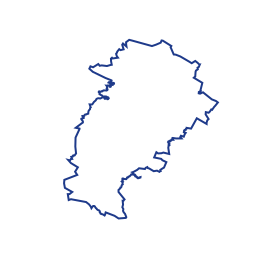 the district of Yécora, Sonora, Mexico, rotated 122°
{"feature_id": "50627088B85218670408267", "entity_name": "Yécora", "entity_type": "district", "adm_level": 2, "iso_a3": "MEX", "parent_name": "Mexico", "parent_adm1": "Sonora", "projection": "equal_earth", "projection_center": [-108.893, 28.413], "detail": "fine", "context": "isolated", "style": "outline", "palette": "blue", "viewbox_px": 256, "rotation_deg": 122, "n_neighbors": 0, "source": "geoboundaries", "source_scale": "gbopen_adm2", "svg_char_len": 5648}
<svg xmlns="http://www.w3.org/2000/svg" viewBox="0 0 256 256"><g transform="rotate(122 128 128)"><path d="M205.4,82.2L204.5,82.2L202.4,85.0L201.7,87.1L200.9,88.3L199.2,89.0L198.2,90.8L195.6,91.6L192.5,94.0L192.1,93.3L191.4,93.3L190.4,93.1L187.3,102.1L185.6,103.2L183.2,102.6L182.6,102.9L182.2,102.5L181.9,102.4L181.3,102.4L180.0,103.0L179.4,102.9L178.5,102.6L177.5,103.7L176.9,103.8L176.6,103.7L176.4,103.7L176.4,104.2L176.5,104.6L176.6,104.8L176.6,105.0L175.6,104.8L175.4,104.8L175.2,104.8L174.7,105.3L174.3,105.8L173.8,105.9L173.6,105.7L173.4,105.4L173.5,104.4L173.2,104.2L173.0,103.9L172.8,103.2L172.6,103.0L172.3,102.4L171.5,102.3L170.9,102.5L170.3,102.5L170.2,102.4L170.0,101.8L169.8,101.7L169.5,101.9L168.9,101.8L168.7,101.6L168.5,101.3L168.1,101.0L167.6,101.0L167.3,100.8L166.5,100.7L166.0,100.7L165.7,100.7L165.4,100.0L165.1,99.7L164.4,97.7L164.4,97.4L165.2,96.2L165.0,95.5L165.4,93.1L165.0,92.5L163.4,91.2L163.0,91.4L163.9,92.2L164.8,92.6L165.1,93.1L164.8,94.1L164.6,95.5L164.8,96.0L164.7,96.2L164.4,96.4L164.2,96.6L164.0,97.0L163.9,97.4L163.9,97.9L164.0,98.0L164.1,98.5L164.6,99.0L164.7,99.3L164.7,99.5L164.2,99.7L164.1,99.9L163.6,99.8L163.4,100.0L163.2,100.3L163.2,100.8L162.2,100.0L158.6,98.0L156.3,97.3L153.8,91.9L152.4,91.9L150.9,90.9L151.5,90.1L151.1,88.6L151.0,83.3L148.8,80.8L148.5,78.1L147.6,77.9L147.2,77.5L146.4,78.4L144.0,77.3L142.5,76.5L136.6,77.4L137.1,81.7L136.6,83.5L139.1,90.2L133.5,91.1L133.6,89.0L131.7,86.3L130.1,85.0L128.2,79.3L123.4,83.4L122.1,83.9L121.7,84.2L121.3,84.2L121.0,83.9L120.7,83.8L120.6,84.1L120.3,84.7L120.0,84.4L119.9,84.4L119.9,84.6L119.4,84.6L119.0,85.5L118.7,86.6L118.0,86.6L117.8,86.0L116.8,86.0L116.7,85.9L116.6,85.7L116.5,85.3L116.6,85.1L116.1,85.0L115.9,84.8L115.7,84.7L115.1,85.0L114.1,83.5L113.6,84.7L113.3,84.7L113.0,85.0L112.8,84.9L112.2,83.6L112.0,82.9L111.8,82.7L111.5,81.8L108.5,77.1L107.9,78.9L106.5,79.0L105.8,76.1L103.3,76.6L101.6,76.5L102.0,78.4L101.8,78.5L101.5,78.4L101.0,78.5L100.7,78.7L100.6,79.0L100.3,79.1L99.6,78.9L99.4,78.8L99.0,78.1L98.7,78.2L98.1,78.4L97.6,78.0L97.2,78.2L96.9,77.9L96.7,78.1L95.1,74.2L83.3,74.8L82.9,63.5L81.8,64.2L79.5,64.8L77.7,64.4L75.3,69.4L73.3,70.4L72.3,67.7L70.8,67.3L68.1,67.2L68.0,66.3L64.3,66.1L62.9,65.8L58.7,65.3L58.5,67.7L59.3,72.1L58.0,83.3L60.7,85.1L61.1,86.4L59.9,87.0L58.3,85.9L57.9,85.9L57.7,86.5L50.3,88.9L50.5,98.8L48.6,98.3L44.5,100.5L43.3,100.8L41.2,99.9L40.0,101.0L38.7,100.3L36.3,100.7L36.4,100.8L35.8,103.8L35.5,106.5L39.3,108.3L39.3,111.4L39.5,118.0L39.6,121.5L40.5,126.4L41.4,128.2L36.9,134.7L35.5,134.7L35.5,144.8L36.0,145.9L38.3,145.5L42.5,148.4L45.8,151.1L51.7,170.9L52.6,173.7L56.3,175.1L58.7,173.4L59.7,172.5L59.0,177.0L60.5,177.0L63.6,173.4L65.9,175.6L65.8,177.2L68.9,177.6L70.0,177.3L71.4,177.4L73.0,175.6L73.7,173.8L77.2,177.9L76.9,178.8L78.2,179.2L80.3,177.8L83.0,175.3L83.9,176.3L86.6,178.7L88.8,183.4L90.2,185.0L89.5,187.1L95.0,189.8L95.6,192.5L98.2,192.2L99.0,187.6L97.5,173.5L96.4,167.5L96.4,167.1L96.6,167.0L97.3,166.7L97.6,166.8L98.9,167.9L99.3,168.5L99.6,168.6L99.8,168.6L99.5,167.2L99.1,166.5L99.0,165.8L98.8,165.3L98.8,165.1L98.7,164.9L98.4,165.0L98.0,164.8L97.8,164.4L97.5,164.3L97.4,163.9L97.4,163.6L97.7,163.4L97.9,163.3L98.0,163.4L98.7,164.1L99.6,163.8L100.2,165.3L100.7,165.6L100.9,165.9L101.2,166.1L101.3,165.7L101.4,165.1L101.5,164.8L101.6,164.7L102.0,164.9L102.4,164.7L102.7,165.1L102.7,165.5L102.6,165.9L102.3,166.2L102.3,167.0L102.6,167.7L102.9,168.0L103.3,168.3L103.5,168.7L103.7,168.2L103.9,167.9L104.2,167.7L104.8,167.0L105.1,167.0L105.4,167.1L105.5,167.1L105.5,166.8L105.9,166.6L105.8,166.4L106.1,165.8L106.6,165.6L107.2,165.8L107.7,166.2L107.8,166.7L108.3,167.3L108.5,167.8L109.1,168.7L109.4,168.9L110.3,169.1L110.3,169.4L110.4,169.6L110.6,169.7L111.3,170.0L111.6,170.3L111.9,170.9L112.1,171.6L112.2,171.9L112.5,172.0L112.8,172.0L113.0,171.9L113.2,171.7L113.4,170.5L113.7,170.3L113.9,170.3L114.4,170.1L114.4,169.9L114.4,168.7L114.2,167.6L114.2,167.0L114.5,166.5L114.7,165.7L114.2,165.3L113.7,164.7L113.5,164.1L113.3,164.0L113.1,163.5L112.9,163.3L112.8,162.5L112.9,161.8L112.7,161.6L112.6,161.3L112.7,161.2L112.6,160.8L113.0,160.1L114.0,160.2L114.3,160.4L114.5,160.8L114.2,161.4L114.3,161.9L115.5,163.0L115.5,163.3L114.9,163.8L114.9,164.0L115.4,165.9L115.6,166.1L115.9,166.1L117.5,167.0L117.8,167.4L118.1,168.2L118.5,168.9L118.8,169.3L120.0,170.1L121.7,170.0L124.0,170.7L126.8,170.8L127.1,171.0L127.8,172.1L128.3,173.0L130.0,171.0L130.2,170.6L130.5,170.7L131.3,170.7L132.1,170.2L133.4,170.4L133.7,170.5L134.7,170.4L136.3,169.7L136.9,169.3L137.1,169.4L138.0,170.3L138.5,170.5L138.8,170.8L138.9,171.1L139.3,171.5L139.8,171.6L140.4,171.7L140.9,171.5L141.4,172.1L141.6,172.6L142.0,173.0L142.3,172.6L142.5,171.7L142.9,170.8L143.0,170.8L144.4,172.1L144.8,172.5L145.0,172.5L145.3,172.2L146.2,169.9L146.9,169.3L147.4,169.2L148.9,169.9L149.8,170.2L155.5,172.4L154.2,168.8L154.4,168.6L163.9,167.4L171.7,162.8L177.2,158.5L177.8,158.7L179.5,158.7L179.8,158.9L180.1,159.8L180.4,160.0L180.7,160.0L181.4,159.7L182.5,160.8L183.8,159.0L184.5,160.0L186.2,160.0L186.8,161.8L188.0,157.8L187.9,149.7L193.1,149.7L194.7,146.2L205.7,154.5L208.8,152.9L212.2,149.8L211.8,141.4L215.1,142.6L216.0,144.0L220.5,140.1L218.6,138.6L213.0,124.3L213.4,120.6L214.4,117.9L215.4,116.5L213.6,116.4L212.6,116.2L212.2,115.6L212.0,115.0L212.3,114.1L212.7,113.5L212.8,113.0L213.0,112.7L213.0,111.9L213.4,111.3L213.5,109.9L213.2,109.0L213.4,108.1L214.0,107.4L214.3,107.4L214.4,107.1L214.5,107.0L214.8,106.5L214.8,106.2L215.2,105.8L215.2,105.6L215.0,104.9L214.9,104.8L214.9,104.5L214.9,104.4L214.6,103.8L214.6,101.5L213.6,101.5L212.3,102.0L211.4,102.2L209.6,92.9L209.7,88.0L205.4,82.2Z" fill="none" stroke="#1e3a8a" stroke-width="2"/></g></svg>